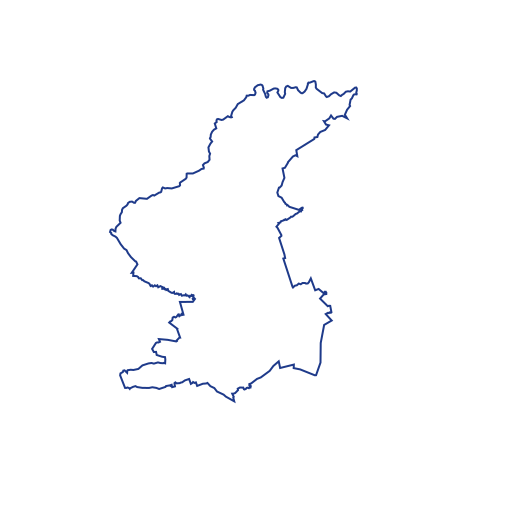 the district of Colima, Colima, Mexico, rotated 230°
{"feature_id": "50627088B47907092422730", "entity_name": "Colima", "entity_type": "district", "adm_level": 2, "iso_a3": "MEX", "parent_name": "Mexico", "parent_adm1": "Colima", "projection": "orthographic", "projection_center": [-103.617, 19.099], "detail": "fine", "context": "isolated", "style": "outline", "palette": "blue", "viewbox_px": 512, "rotation_deg": 230, "n_neighbors": 0, "source": "geoboundaries", "source_scale": "gbopen_adm2", "svg_char_len": 6139}
<svg xmlns="http://www.w3.org/2000/svg" viewBox="0 0 512 512"><g transform="rotate(230 256 256)"><path d="M252.7,79.4L253.2,76.7L251.9,75.2L239.1,70.9L238.3,71.8L237.9,73.0L236.4,73.9L235.4,73.9L235.6,74.4L234.8,77.7L233.8,80.0L232.0,80.7L227.9,84.3L223.6,89.4L222.1,92.2L219.0,94.9L216.4,96.3L213.9,102.5L214.2,103.5L212.4,106.6L211.9,106.8L212.2,107.0L211.6,108.6L209.4,107.5L208.2,110.1L211.0,111.8L211.0,113.0L209.5,113.3L207.6,115.9L207.4,117.0L206.7,118.2L206.4,121.6L204.8,125.7L199.9,123.9L199.6,125.9L199.9,126.8L198.2,127.4L197.8,128.7L194.3,127.4L192.3,133.2L190.3,136.0L190.0,137.2L185.6,137.4L181.6,139.2L177.3,139.0L170.6,142.1L167.7,142.5L158.7,145.9L162.2,147.6L162.4,148.4L165.8,149.3L165.0,150.3L164.4,151.9L164.8,156.0L166.1,156.7L165.6,159.1L163.6,161.4L164.1,161.9L161.7,161.1L161.1,161.4L160.7,163.0L161.0,164.0L160.6,164.8L159.3,165.6L159.5,166.6L158.8,167.2L159.7,168.4L160.2,168.4L161.1,167.7L162.2,168.6L161.5,170.4L161.2,177.8L159.9,181.6L159.2,192.6L160.6,198.6L160.7,205.7L154.7,202.5L148.5,215.2L145.9,212.8L140.8,216.9L126.8,224.4L126.1,225.4L132.9,236.9L147.8,249.7L159.4,263.9L157.9,272.5L166.7,272.1L166.2,274.7L165.4,275.1L165.4,276.3L164.4,276.8L164.4,277.6L170.1,280.8L171.0,279.9L171.4,278.7L182.2,277.7L183.0,283.1L181.7,285.4L182.7,286.3L183.6,286.4L183.7,285.7L184.3,285.7L184.2,283.9L190.5,282.8L191.7,279.3L203.6,283.6L201.9,279.6L201.7,278.0L202.7,276.6L203.8,276.2L205.4,274.3L205.6,272.1L207.4,271.0L207.3,268.5L208.3,266.6L208.1,264.1L209.0,264.2L236.5,275.3L235.7,277.0L239.0,278.8L255.0,285.3L255.1,288.4L255.8,288.9L263.8,290.6L265.3,290.5L266.0,294.3L266.9,294.4L266.0,296.3L266.6,297.3L265.6,299.9L265.6,301.0L265.0,301.2L265.1,302.3L263.9,302.7L263.4,307.1L263.6,308.1L262.8,308.9L262.6,309.9L262.7,313.4L262.2,314.6L262.1,318.3L261.2,319.1L261.7,319.9L261.5,320.9L262.3,321.2L262.7,322.7L263.1,322.8L263.5,322.1L263.8,318.5L272.2,313.2L274.7,312.9L274.9,312.4L275.4,312.7L277.2,312.1L278.2,312.5L279.2,312.3L284.2,313.1L287.5,311.7L290.9,313.1L293.6,317.5L293.2,318.2L293.5,320.9L295.5,323.8L297.6,328.0L306.0,332.6L305.0,334.9L306.9,340.4L307.3,340.7L308.5,348.2L307.8,351.0L305.9,351.8L311.2,354.9L308.2,375.8L309.2,377.0L307.7,379.5L309.2,381.6L309.7,385.0L308.1,390.0L309.2,395.9L311.7,394.1L315.6,394.7L314.8,395.4L314.3,400.6L315.4,403.8L311.4,403.6L310.3,404.6L310.5,407.5L308.0,412.1L302.9,414.3L307.1,414.9L309.5,419.8L310.4,424.5L311.6,424.8L315.0,429.0L315.1,430.7L316.6,433.9L316.7,435.0L315.6,436.6L314.5,437.4L315.3,437.2L316.8,437.9L317.9,439.5L319.5,440.9L320.6,441.1L321.3,440.1L321.4,433.9L323.1,432.3L324.1,430.4L323.8,427.3L324.1,425.5L324.0,423.8L325.6,423.0L329.4,422.5L331.1,421.0L331.7,417.4L331.5,414.6L332.3,412.4L333.3,412.2L336.7,412.7L338.3,411.4L345.1,409.9L346.6,410.1L348.9,412.1L351.4,413.5L352.3,413.3L352.9,412.6L354.3,408.4L355.1,407.7L354.8,406.6L354.2,406.2L351.6,402.1L350.7,398.9L350.8,396.3L351.6,395.4L352.8,395.1L356.0,394.8L358.9,395.6L359.7,395.0L360.8,392.6L362.2,390.9L365.9,389.7L366.4,388.1L365.8,386.3L363.0,383.4L361.5,382.6L359.7,378.7L360.5,377.4L362.0,376.8L367.5,377.5L368.3,379.4L369.2,380.0L370.6,379.7L372.1,378.4L372.9,377.1L373.8,372.7L374.8,370.6L373.8,369.4L371.9,369.4L371.1,368.8L370.0,367.1L370.4,365.9L371.6,365.9L374.4,367.2L378.8,368.3L379.6,369.3L382.4,370.5L383.3,370.4L384.4,369.7L385.7,367.1L385.9,363.6L385.1,361.8L384.4,361.3L383.2,361.4L381.3,360.6L380.3,359.0L380.4,358.0L383.2,355.0L383.7,353.2L384.8,351.9L383.9,350.6L383.0,346.8L384.1,339.7L382.6,335.8L382.2,332.1L381.7,330.6L379.4,327.1L377.9,326.7L378.2,326.0L379.6,324.9L381.2,324.3L381.6,318.5L382.3,317.1L385.4,315.0L385.8,313.8L384.9,312.5L383.9,312.0L384.0,309.6L379.3,307.6L379.8,305.0L379.4,302.3L378.1,299.5L376.3,297.7L375.9,296.6L375.6,296.2L371.9,296.0L371.4,293.4L369.8,289.4L366.3,287.1L363.9,286.6L362.6,284.5L359.6,282.3L359.0,279.4L360.1,276.1L359.8,273.8L357.3,272.9L356.6,272.1L357.7,270.2L358.0,267.1L359.8,260.7L363.2,256.7L363.6,255.8L360.7,253.2L360.3,251.8L361.0,245.3L360.9,244.6L359.0,243.3L358.8,242.1L361.9,234.9L365.1,231.7L366.2,229.8L368.4,228.7L368.2,227.5L366.1,224.6L366.2,223.6L366.8,222.6L367.7,216.9L368.9,216.3L369.4,214.9L369.9,209.2L375.3,203.9L375.4,199.4L374.5,197.6L375.1,196.8L377.4,196.0L378.7,194.0L378.8,191.8L378.1,190.9L377.8,189.1L378.2,184.7L377.5,183.1L375.8,181.4L375.0,178.9L374.2,177.5L370.8,174.4L368.5,173.6L368.1,167.8L367.2,166.0L365.2,164.1L366.4,163.4L368.3,163.2L369.2,162.4L369.4,161.4L368.2,159.6L366.7,159.9L366.0,159.3L364.2,159.5L361.2,160.8L359.3,161.1L352.0,159.9L346.5,159.7L343.8,160.6L340.5,159.8L335.6,159.5L329.6,160.1L328.8,160.6L325.8,159.8L323.0,150.0L322.0,151.4L319.7,149.1L317.2,151.7L315.7,152.2L314.2,151.9L313.0,153.4L310.7,153.3L310.1,154.0L308.4,154.2L304.3,156.3L303.2,156.5L300.8,156.0L300.5,157.4L299.2,157.2L298.6,157.7L298.6,159.6L297.1,160.0L296.9,161.6L294.9,161.0L294.4,163.4L291.8,164.6L291.4,164.4L291.5,163.4L291.1,163.1L290.5,163.9L291.1,165.0L290.7,165.3L289.2,164.7L288.8,165.5L287.6,165.3L287.2,166.2L287.6,166.8L287.4,167.2L285.7,166.4L282.2,167.6L281.4,168.3L281.1,170.1L280.1,169.4L279.3,169.4L278.4,170.4L278.3,171.3L277.5,171.4L277.2,172.2L276.7,172.5L275.6,172.1L275.1,174.0L273.2,173.7L272.6,175.1L271.6,176.1L271.8,177.5L270.3,177.2L269.8,178.3L267.2,178.7L267.9,179.9L267.2,180.5L267.5,181.5L266.7,181.5L266.7,182.5L266.2,182.9L265.7,182.7L265.0,181.5L263.3,181.6L263.8,180.0L263.5,179.9L262.2,181.0L261.5,178.1L269.7,168.2L257.6,162.7L258.1,161.8L259.4,161.6L258.8,160.5L258.9,159.9L259.5,159.5L259.3,158.5L260.1,158.6L260.9,159.3L261.2,159.0L260.5,155.8L260.7,154.8L262.1,154.2L262.4,152.6L260.7,150.7L260.6,149.1L261.0,148.2L260.8,146.7L249.9,149.2L250.9,148.6L242.3,145.4L242.7,144.9L242.3,141.0L241.7,140.8L241.8,140.0L248.5,134.5L254.8,128.2L252.0,127.3L252.5,125.6L253.4,124.7L253.7,123.4L251.6,116.7L248.1,116.0L246.8,117.8L244.0,116.3L239.2,119.3L237.0,121.3L235.1,120.1L232.2,117.4L233.4,116.6L233.5,116.0L235.4,114.0L237.5,112.5L239.2,108.6L241.2,107.2L242.8,104.6L245.2,98.7L245.1,93.3L247.5,88.8L249.4,86.9L251.0,84.3L250.9,83.7L249.4,82.2L252.9,81.8L253.5,80.7L252.7,79.4Z" fill="none" stroke="#1e3a8a" stroke-width="2"/></g></svg>